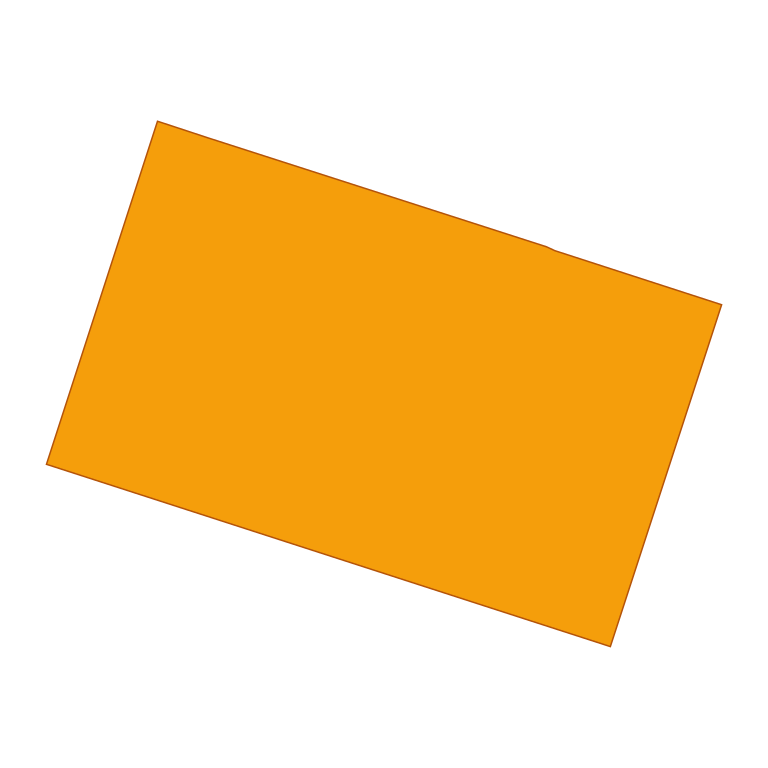 Andrews, Texas, United States of America, rotated 198°
{"feature_id": "52423323B79543792390346", "entity_name": "Andrews", "entity_type": "district", "adm_level": 2, "iso_a3": "USA", "parent_name": "United States of America", "parent_adm1": "Texas", "projection": "robinson", "projection_center": [-102.679, 32.305], "detail": "fine", "context": "isolated", "style": "filled", "palette": "amber", "viewbox_px": 768, "rotation_deg": 198, "n_neighbors": 0, "source": "geoboundaries", "source_scale": "gbopen_adm2", "svg_char_len": 287}
<svg xmlns="http://www.w3.org/2000/svg" viewBox="0 0 768 768"><g transform="rotate(198 384 384)"><path d="M680.6,563.9L680.2,203.3L87.6,204.2L87.4,515.8L87.4,533.9L87.4,563.7L262.7,563.6L271.8,564.7L627.9,563.7L680.6,563.9Z" fill="#f59e0b" stroke="#b45309" stroke-width="1.5"/></g></svg>